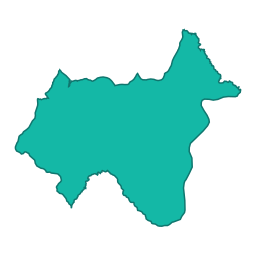 Paya, Boyacá, Colombia (Albers equal-area conic projection)
{"feature_id": "7082276B35897669822382", "entity_name": "Paya", "entity_type": "district", "adm_level": 2, "iso_a3": "COL", "parent_name": "Colombia", "parent_adm1": "Boyacá", "projection": "albers", "projection_center": [-72.391, 5.626], "detail": "fine", "context": "isolated", "style": "filled", "palette": "teal", "viewbox_px": 256, "rotation_deg": 0, "n_neighbors": 0, "source": "geoboundaries", "source_scale": "gbopen_adm2", "svg_char_len": 5635}
<svg xmlns="http://www.w3.org/2000/svg" viewBox="0 0 256 256"><path d="M71.3,208.2L71.5,207.6L71.8,205.4L72.2,204.5L73.3,202.8L74.1,202.0L73.9,201.5L74.3,199.8L74.8,199.4L75.3,199.4L75.6,199.1L76.1,199.1L76.6,198.8L77.2,197.8L77.2,197.3L77.9,196.6L77.9,195.4L80.3,193.6L80.8,192.4L81.7,191.7L82.1,191.6L82.0,190.9L83.8,189.5L84.4,188.4L84.2,187.5L84.7,187.4L85.3,188.4L85.7,188.5L85.8,188.0L85.3,187.1L85.5,186.9L85.4,186.0L85.9,185.2L85.6,184.6L86.0,184.2L86.1,183.6L85.7,182.3L85.7,181.5L86.3,181.1L87.6,181.0L88.2,180.3L88.7,180.1L89.0,179.7L88.9,179.0L88.1,178.9L87.8,178.5L88.0,177.2L88.7,176.7L89.2,175.8L90.8,175.7L91.6,174.6L92.6,174.5L94.0,173.8L95.3,173.7L95.9,174.1L96.7,174.3L97.0,174.7L97.5,175.0L97.8,174.5L98.0,173.7L97.5,173.1L98.1,172.2L98.7,172.2L100.3,173.4L101.0,172.2L101.9,172.0L102.0,171.0L102.2,170.6L102.6,170.6L105.3,171.8L106.2,171.6L106.9,171.1L107.1,170.6L107.4,170.4L107.8,170.6L108.2,171.4L109.9,172.6L110.0,173.1L110.5,173.7L112.0,174.3L112.8,174.9L114.4,175.5L117.2,178.4L117.7,179.7L117.6,180.7L117.8,182.1L118.7,183.5L119.8,184.4L120.8,185.7L121.2,186.6L121.4,188.2L123.5,190.1L123.6,190.5L123.1,191.4L122.8,193.4L123.2,194.5L123.6,195.1L124.1,195.4L125.7,195.6L126.4,197.0L128.4,197.9L129.4,200.6L130.5,202.1L131.6,202.4L133.3,202.4L133.8,202.6L134.0,203.1L134.1,204.4L134.7,205.8L137.1,207.5L137.5,209.7L137.7,210.4L139.2,210.7L141.4,211.6L142.2,212.3L143.1,213.8L144.9,214.6L145.4,215.2L145.6,216.7L146.0,217.3L146.1,218.8L148.1,220.4L151.0,221.4L151.7,223.1L152.0,223.4L152.8,223.7L155.5,224.1L157.9,225.8L159.4,226.1L161.9,226.2L164.5,225.5L167.6,225.5L169.6,224.4L172.3,222.1L173.3,222.0L180.3,219.4L181.8,216.3L184.5,212.6L185.0,210.1L184.8,200.5L183.5,188.0L184.1,183.3L184.7,181.3L186.0,179.6L189.2,173.5L192.2,167.1L191.9,158.0L189.2,151.6L189.3,147.5L190.4,143.4L203.1,131.0L207.6,125.7L209.3,122.1L208.9,119.3L207.0,115.2L203.9,110.5L201.2,105.6L201.3,102.5L202.1,100.3L204.5,99.1L209.2,99.3L213.3,100.1L217.8,99.4L223.4,97.1L228.3,96.5L235.3,96.7L237.2,96.1L238.3,94.0L240.2,92.4L240.6,90.2L240.6,89.7L240.3,89.4L240.0,89.5L239.4,90.0L239.2,90.0L238.5,88.9L238.1,88.6L238.7,87.8L238.9,87.0L238.5,87.0L237.6,87.6L236.7,87.4L235.6,85.6L235.3,85.5L234.5,85.6L234.1,85.0L233.1,84.8L232.8,84.2L232.6,82.8L231.9,82.2L230.9,82.1L229.7,81.1L229.4,81.0L228.8,81.8L228.3,82.3L227.7,82.2L226.5,81.4L224.5,81.2L223.1,82.8L220.8,83.1L219.2,82.8L218.8,82.1L218.6,81.2L219.1,80.6L219.5,79.2L219.9,78.9L220.6,78.7L220.8,78.4L220.8,78.0L220.3,77.4L220.8,76.2L220.5,75.0L220.3,74.6L218.9,74.0L218.3,73.5L217.6,72.8L217.4,71.6L215.9,71.0L215.5,69.9L214.1,69.1L213.8,68.5L213.8,67.1L213.5,66.2L213.1,65.8L212.0,65.8L211.6,65.3L211.8,64.6L211.4,63.9L210.1,63.1L210.7,62.1L209.7,61.5L209.7,60.1L209.6,59.6L208.8,59.2L208.2,58.5L207.3,58.4L206.9,58.2L206.7,57.6L207.1,56.2L206.3,55.6L204.5,52.8L204.8,51.8L204.1,51.3L203.9,50.9L204.3,50.2L204.3,49.6L203.8,49.4L202.8,49.7L201.6,49.2L201.0,49.2L200.7,49.3L200.4,50.1L200.0,49.2L198.4,47.9L198.4,46.7L198.7,46.0L200.4,44.8L200.5,44.3L200.0,43.9L198.9,43.4L198.3,42.8L198.9,40.7L198.7,38.7L198.1,38.5L197.7,37.6L197.2,37.3L197.0,36.6L196.1,35.7L196.1,35.1L195.2,34.5L195.8,33.8L195.7,33.5L195.0,33.3L194.5,33.8L193.8,33.9L192.5,33.5L192.2,33.9L191.8,33.9L191.5,34.5L191.3,34.3L191.4,33.6L191.2,33.3L189.3,33.3L188.9,32.9L188.7,33.0L188.4,32.9L188.1,32.0L186.9,30.7L185.1,30.7L184.3,30.4L184.2,29.8L183.8,30.1L183.1,29.9L183.0,30.5L182.3,32.2L182.8,36.6L182.6,37.8L181.8,39.6L180.1,42.4L179.8,43.3L179.8,45.5L178.5,49.4L178.1,49.8L177.6,51.1L174.0,57.4L172.5,60.6L171.3,65.5L170.2,67.4L169.0,69.8L168.3,71.0L167.1,72.1L165.3,73.0L164.6,73.7L164.5,75.1L163.4,77.8L162.5,79.1L161.2,79.9L158.8,80.5L157.8,80.5L155.8,80.1L154.1,79.4L150.7,79.0L147.5,79.5L146.4,79.9L142.8,79.8L141.1,79.0L140.3,78.0L138.6,75.4L137.6,73.5L136.7,74.4L135.7,76.5L133.7,79.5L131.8,81.0L130.4,81.7L129.7,82.3L128.8,83.9L127.8,84.5L124.9,84.6L122.3,84.4L120.0,84.5L114.9,85.6L114.7,85.0L112.0,81.4L111.1,80.4L109.2,78.7L106.9,77.7L103.2,77.0L100.4,77.3L97.4,78.1L96.0,79.3L94.6,80.2L93.5,80.8L92.2,81.2L90.3,80.1L89.3,80.1L88.7,79.8L88.1,79.8L87.7,79.4L86.5,78.6L84.4,78.8L82.6,79.6L80.5,79.9L79.1,80.5L77.8,80.6L77.3,81.1L76.5,80.5L75.3,80.4L72.6,81.3L71.1,81.0L70.9,81.2L71.0,82.3L70.2,83.1L70.0,83.7L69.6,84.1L69.6,85.6L69.3,85.8L69.2,86.2L68.6,86.6L68.6,86.0L69.1,85.4L68.9,84.3L69.5,82.4L69.2,81.8L69.4,81.3L69.3,80.8L69.9,80.0L69.9,79.8L66.0,75.6L61.3,72.1L61.1,71.4L59.8,69.9L59.7,70.3L58.9,70.9L58.7,71.4L58.5,73.7L57.8,74.4L57.4,75.6L56.3,76.7L55.6,77.8L55.2,78.1L54.2,79.1L53.6,81.5L52.8,82.4L52.7,84.2L52.0,85.4L51.5,87.5L50.2,88.7L49.3,90.3L48.2,91.6L46.5,92.8L45.7,93.1L45.4,93.7L45.6,94.6L46.8,95.8L47.2,96.7L48.0,97.6L48.3,98.2L47.3,98.0L46.8,98.1L46.7,98.4L46.3,98.7L44.7,98.5L44.2,98.8L43.8,98.7L41.2,99.7L40.4,99.1L39.4,99.4L38.5,98.9L37.9,98.7L37.6,99.0L37.5,99.9L37.8,103.8L37.6,105.6L35.2,112.9L35.4,115.7L34.9,118.3L32.4,121.0L28.9,127.5L26.7,129.5L23.5,131.8L22.5,133.7L20.4,135.1L19.1,136.3L18.0,141.5L17.0,142.9L15.4,147.0L15.5,148.9L16.6,151.0L19.9,152.5L21.4,154.0L23.2,153.6L24.6,152.1L25.2,151.9L26.5,152.2L27.5,152.9L28.6,153.3L29.0,153.7L29.2,154.6L29.8,155.8L34.5,159.9L34.9,161.0L35.3,163.3L36.9,166.0L40.9,168.2L43.5,168.7L45.4,170.2L45.9,170.8L46.1,171.7L46.4,172.0L47.4,172.3L49.5,172.1L50.2,172.3L51.2,173.0L57.4,173.8L57.9,174.0L60.0,176.0L60.6,176.8L61.4,180.2L61.1,181.0L60.6,181.8L58.5,183.7L57.8,185.0L56.6,186.5L56.5,187.7L57.2,188.9L57.0,190.3L57.1,191.2L58.6,192.3L59.5,193.3L61.6,193.7L62.7,194.3L66.1,198.6L66.9,201.2L68.3,202.2L69.2,204.1L70.3,204.7L70.8,205.4L71.2,206.2L71.3,208.2Z" fill="#14b8a6" stroke="#0f766e" stroke-width="1.5"/></svg>